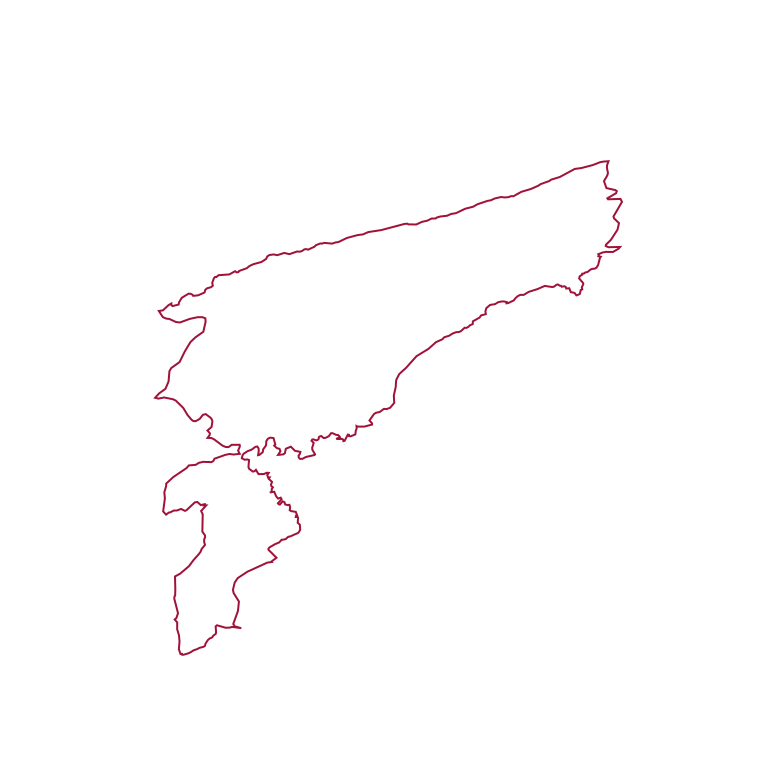 outline of Kigoma, Kigoma, United Republic of Tanzania, rotated 66°
{"feature_id": "72390352B30674118715659", "entity_name": "Kigoma", "entity_type": "district", "adm_level": 2, "iso_a3": "TZA", "parent_name": "United Republic of Tanzania", "parent_adm1": "Kigoma", "projection": "equal_earth", "projection_center": [29.769, -4.701], "detail": "fine", "context": "isolated", "style": "outline", "palette": "rose", "viewbox_px": 768, "rotation_deg": 66, "n_neighbors": 0, "source": "geoboundaries", "source_scale": "gbopen_adm2", "svg_char_len": 6129}
<svg xmlns="http://www.w3.org/2000/svg" viewBox="0 0 768 768"><g transform="rotate(66 384 384)"><path d="M354.8,112.6L350.3,123.4L348.1,125.3L347.0,124.5L344.6,118.1L338.0,107.9L332.6,103.9L326.2,106.5L324.3,106.2L314.4,92.5L311.1,92.7L306.4,104.2L305.2,104.4L304.1,94.4L302.5,92.9L301.0,93.7L295.5,101.1L288.1,100.5L284.4,95.3L282.4,93.6L277.1,92.4L274.8,91.2L271.8,88.3L270.2,92.7L269.3,96.1L268.9,104.3L267.0,115.8L265.1,122.3L266.4,139.2L265.3,148.3L265.8,150.3L265.1,159.6L265.6,162.4L265.6,170.4L264.3,180.3L265.1,189.4L264.0,191.8L264.0,194.0L262.8,197.6L260.8,201.0L259.6,207.1L259.6,211.8L258.8,215.0L257.8,225.6L258.3,230.4L256.9,238.6L257.2,248.9L256.0,253.3L255.9,258.1L253.9,264.4L253.4,267.9L253.8,269.5L252.2,273.2L252.4,278.0L251.3,283.4L251.4,289.6L248.2,296.6L247.0,297.6L246.1,300.2L242.2,324.2L238.8,336.6L238.8,342.3L237.2,347.7L235.5,358.5L235.8,367.9L234.9,371.1L234.7,374.2L230.7,381.3L230.6,383.4L229.7,385.0L229.5,389.5L230.3,391.8L230.4,398.8L229.1,400.2L228.6,402.0L229.2,404.9L228.8,407.3L227.6,409.5L226.9,417.6L223.7,421.8L222.9,429.1L220.7,432.2L219.6,436.2L219.9,438.6L221.8,440.8L222.7,446.4L221.4,454.6L221.5,458.9L222.4,462.3L221.8,470.4L222.5,471.4L222.2,473.1L220.4,474.2L221.0,480.7L217.3,490.9L218.1,493.6L217.5,494.7L218.2,496.4L221.8,499.8L224.6,500.4L225.2,502.8L224.6,506.6L225.3,509.0L227.4,510.7L227.4,517.6L226.2,521.5L225.7,522.6L224.6,522.6L222.9,524.0L222.0,525.8L223.0,533.7L226.0,538.0L227.9,539.3L226.8,545.5L225.7,546.1L224.0,545.5L224.3,548.7L226.8,556.1L225.7,560.0L233.0,558.8L235.8,556.2L237.2,553.7L242.7,548.9L244.8,545.4L245.5,535.0L247.1,527.3L249.2,522.6L251.3,520.5L254.5,521.6L262.8,527.8L264.7,537.4L267.0,543.8L273.3,552.8L280.8,561.8L282.9,571.9L285.0,574.8L294.1,579.8L299.5,585.6L301.1,593.2L303.5,598.7L305.6,596.0L306.9,590.3L312.0,583.1L314.4,581.0L324.2,577.1L332.4,576.1L338.3,574.4L340.2,573.3L341.3,571.5L341.2,569.1L340.9,566.5L338.5,562.0L339.0,559.1L344.2,556.2L346.1,555.7L348.5,556.0L353.1,559.0L354.7,564.2L358.2,563.1L359.6,563.9L361.5,567.1L363.1,563.7L365.5,561.7L374.6,556.6L377.2,554.2L378.4,551.6L377.6,547.8L380.8,540.6L382.3,541.0L385.6,544.4L389.1,544.2L387.3,550.0L385.1,553.6L384.2,557.8L383.3,569.2L384.9,571.2L385.2,573.4L381.6,580.8L380.7,585.2L381.3,588.8L379.0,595.4L380.5,598.6L383.3,614.3L386.4,623.5L388.6,624.5L393.7,628.8L399.4,630.7L410.6,637.6L414.7,636.2L413.9,632.9L414.3,632.0L414.1,627.5L415.3,624.7L415.6,620.2L418.9,617.5L419.0,615.9L415.2,605.0L415.9,602.5L420.1,600.6L420.9,596.4L421.5,596.4L421.9,597.4L422.6,595.8L425.6,602.7L429.3,602.6L445.0,610.0L449.5,609.1L451.3,609.8L452.7,611.4L455.0,612.5L458.2,613.0L460.5,617.6L462.8,620.0L464.5,623.2L467.3,629.5L471.1,636.3L474.4,647.6L474.8,653.2L486.8,658.2L492.4,660.9L492.8,661.8L494.8,662.9L509.6,665.4L513.4,668.9L514.0,671.0L517.7,669.9L523.9,672.7L530.2,673.5L536.2,675.6L542.9,679.3L547.8,679.7L548.4,678.3L549.2,678.5L549.8,677.2L550.4,673.0L550.5,670.4L549.8,665.8L550.2,663.1L550.0,659.9L550.7,655.7L550.3,653.9L548.6,652.7L546.3,649.1L545.6,646.9L545.6,644.1L544.4,642.1L543.9,639.5L542.6,638.4L537.0,636.4L536.5,634.7L542.2,627.9L543.7,624.3L544.2,621.4L549.0,613.7L544.7,618.9L541.9,619.3L531.9,609.7L523.7,605.0L513.8,606.4L510.6,605.7L504.6,601.1L501.8,596.5L499.9,585.1L499.7,563.2L500.9,559.2L500.5,559.4L499.0,552.9L488.4,557.0L487.4,556.5L486.7,555.1L486.0,548.8L486.1,544.3L484.8,541.0L483.9,541.7L484.8,541.0L485.7,537.0L484.6,533.5L485.1,531.9L485.1,522.8L483.2,519.9L478.3,518.1L475.7,519.3L471.3,516.9L470.3,517.0L469.6,518.7L468.5,517.9L468.6,516.8L464.9,516.6L462.4,520.5L460.9,521.5L458.7,520.0L455.9,519.5L455.5,521.2L453.8,523.3L451.5,523.0L450.0,524.3L451.8,528.2L451.0,529.1L449.8,529.4L447.6,524.4L445.8,524.6L445.6,527.4L442.7,528.2L437.8,528.1L436.6,532.5L436.9,530.4L434.3,529.3L433.2,527.5L431.6,528.4L430.0,528.2L427.9,526.1L423.7,527.9L422.8,526.5L422.2,527.9L419.7,527.7L418.3,525.5L417.4,527.1L417.4,530.3L415.3,535.3L410.3,535.9L411.0,537.7L410.7,539.4L406.7,541.7L404.7,541.6L398.5,538.2L397.3,539.6L396.5,542.1L394.0,544.1L391.8,542.4L390.6,540.6L389.9,536.1L390.1,531.4L389.1,527.2L389.6,525.1L391.9,524.8L394.2,525.6L397.8,528.0L398.1,526.7L397.0,522.6L394.5,520.9L392.1,516.7L388.4,514.8L386.8,512.5L386.7,509.8L388.5,506.9L395.0,507.9L395.6,509.4L399.1,507.9L400.7,505.8L403.3,506.0L405.7,509.6L407.3,504.7L406.9,502.7L403.2,500.0L403.4,494.6L408.8,492.5L412.0,488.0L413.6,489.2L414.7,491.2L416.6,491.8L418.3,491.1L419.2,488.8L418.9,485.1L420.6,476.4L420.3,475.6L414.9,476.2L413.1,475.6L409.2,472.2L406.4,473.3L405.5,472.1L406.0,470.8L407.9,468.9L408.1,467.6L407.8,466.3L406.0,465.0L405.8,463.4L406.1,462.4L408.8,461.2L409.4,459.2L409.2,455.6L407.4,452.3L408.1,450.9L411.0,448.4L412.0,446.7L413.5,446.0L414.6,445.9L414.7,449.2L415.2,449.2L417.1,444.7L418.0,444.0L419.7,444.3L419.9,443.1L415.5,437.6L416.1,436.7L417.4,437.1L418.2,436.0L418.4,430.7L415.1,428.7L413.6,427.1L411.2,426.2L412.2,425.4L414.9,419.4L416.2,411.4L415.1,410.9L411.4,412.1L407.5,405.6L407.0,403.4L407.8,399.2L406.7,394.2L408.0,391.7L408.2,388.1L405.4,382.3L398.5,379.7L391.5,374.5L386.6,372.0L384.9,370.8L381.1,366.0L378.1,357.0L371.8,343.0L370.0,329.2L366.9,319.4L366.9,312.4L365.8,310.0L366.4,304.8L365.8,300.9L366.0,297.1L367.0,294.3L367.0,292.2L365.4,287.5L366.2,286.1L366.2,284.1L365.3,281.5L365.4,278.6L362.9,277.3L362.2,269.7L360.8,267.4L361.6,262.6L358.7,261.7L356.3,259.6L354.9,254.9L356.2,250.1L355.7,246.4L356.4,243.2L357.3,240.9L359.2,238.5L360.1,239.2L360.6,237.7L360.4,231.4L359.0,228.9L358.1,225.8L358.0,223.3L359.4,220.2L358.7,214.3L359.7,205.3L359.8,197.2L363.9,190.8L364.2,189.0L363.5,186.1L363.8,184.7L365.8,183.3L366.3,182.3L367.4,182.1L368.1,179.4L369.5,178.5L370.9,178.7L371.9,175.8L376.1,176.0L378.2,172.9L381.3,172.2L381.5,169.4L381.3,168.4L378.1,166.0L378.2,164.4L376.2,164.0L373.8,161.3L372.9,161.0L366.9,162.8L365.2,161.4L364.7,158.4L363.9,158.1L364.4,156.2L364.0,155.1L364.4,152.2L363.5,149.1L363.5,146.9L364.3,144.8L364.2,142.7L362.4,140.0L356.7,135.5L355.9,134.2L354.5,136.2L353.4,135.2L352.6,135.4L352.8,130.6L353.6,127.5L356.5,121.0L355.8,114.7L354.8,112.6Z" fill="none" stroke="#9f1239" stroke-width="2"/></g></svg>